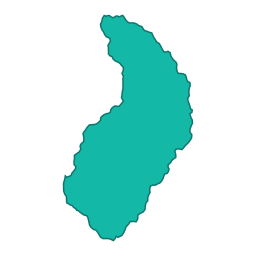 Benedito Novo, Santa Catarina, Brazil (Equal Earth projection)
{"feature_id": "56859067B31440957886424", "entity_name": "Benedito Novo", "entity_type": "district", "adm_level": 2, "iso_a3": "BRA", "parent_name": "Brazil", "parent_adm1": "Santa Catarina", "projection": "equal_earth", "projection_center": [-49.441, -26.794], "detail": "fine", "context": "isolated", "style": "filled", "palette": "teal", "viewbox_px": 256, "rotation_deg": 0, "n_neighbors": 0, "source": "geoboundaries", "source_scale": "gbopen_adm2", "svg_char_len": 2839}
<svg xmlns="http://www.w3.org/2000/svg" viewBox="0 0 256 256"><path d="M136.1,221.8L137.7,219.0L137.8,215.1L140.3,213.3L143.3,211.9L145.0,209.5L145.2,206.6L145.9,202.9L147.7,200.8L147.8,197.3L148.8,194.6L150.0,192.6L149.7,189.8L150.3,186.1L152.8,185.1L155.4,185.1L158.0,183.7L160.0,182.9L161.6,181.0L163.2,178.2L164.0,175.5L165.0,173.7L167.0,173.5L168.3,171.6L169.1,169.1L168.1,167.3L168.1,164.8L170.6,162.7L171.7,160.6L173.3,159.1L175.8,157.4L175.7,154.2L174.8,151.5L176.2,149.0L179.2,148.9L181.9,149.6L183.4,148.1L184.7,146.3L186.5,144.5L188.3,142.7L190.1,140.4L191.6,137.8L191.8,134.5L190.0,132.5L190.0,129.6L191.1,126.0L192.5,123.2L192.2,119.9L191.0,117.7L189.8,113.8L192.0,112.2L192.2,109.8L190.4,108.6L189.7,105.4L188.7,102.7L188.0,100.5L187.7,98.2L189.3,95.7L188.8,92.3L189.2,88.4L190.2,85.5L189.9,82.5L187.8,81.7L186.7,79.5L186.2,76.9L185.3,74.8L183.0,73.8L180.7,73.5L178.3,73.4L177.2,71.7L176.5,68.1L176.9,64.2L176.0,62.2L174.0,60.4L172.3,58.4L170.9,56.0L170.2,52.7L167.9,51.3L165.9,52.2L163.9,51.7L162.6,49.9L161.1,46.8L159.2,43.5L156.7,42.0L155.1,39.3L153.7,37.3L152.8,35.3L151.7,32.9L149.1,32.2L146.5,31.1L144.4,30.5L143.2,28.9L141.7,26.5L139.0,25.7L136.6,24.0L134.6,23.1L132.5,22.9L129.6,23.0L127.4,21.8L125.6,19.8L124.2,17.3L122.7,15.4L120.8,16.1L119.2,16.9L117.7,16.1L115.9,16.1L113.3,17.8L111.1,16.9L109.5,15.6L107.8,15.6L106.1,16.2L104.2,15.5L102.4,18.4L101.8,21.6L100.5,24.2L101.0,27.5L102.2,30.1L103.6,32.0L104.7,34.6L106.3,36.8L108.2,37.4L109.9,38.7L110.4,41.0L109.3,43.1L108.0,45.3L108.4,47.7L108.5,51.3L108.4,53.7L109.9,55.8L112.0,56.5L113.1,59.0L115.3,61.0L117.0,61.7L118.6,62.4L120.1,63.6L121.5,65.4L123.4,67.5L123.2,70.8L122.0,73.4L123.4,76.3L122.9,79.2L123.0,82.3L123.0,85.8L123.0,88.3L122.4,91.1L122.0,94.8L121.5,97.6L123.4,101.2L119.2,106.3L117.1,106.3L114.9,105.9L112.5,107.5L110.9,109.5L110.3,112.1L108.7,113.3L106.4,113.7L104.3,114.6L102.4,115.8L100.7,117.8L100.5,120.4L98.8,122.1L97.0,123.6L95.1,124.4L92.4,124.6L89.3,125.0L87.1,127.4L85.5,130.0L84.1,131.6L83.0,133.6L83.9,137.9L83.7,141.6L82.0,143.0L80.6,144.5L80.1,146.5L80.8,149.3L79.0,152.1L76.7,153.6L74.4,155.3L74.5,158.5L74.0,161.7L74.1,164.7L75.7,166.2L75.6,168.6L73.9,170.8L72.0,173.1L71.0,175.6L68.9,176.4L66.8,177.3L65.3,175.9L64.8,179.2L64.1,181.3L63.5,183.7L63.6,186.3L63.6,188.9L63.8,191.3L64.7,194.1L66.4,196.2L66.5,199.6L66.7,202.8L68.5,203.8L70.5,205.1L72.2,205.5L73.6,207.4L75.5,208.5L76.6,210.2L78.4,210.7L79.9,212.1L81.5,213.3L83.7,214.9L86.8,215.7L88.0,217.9L88.7,220.9L89.6,225.2L91.1,227.4L93.5,229.4L96.1,230.2L97.8,232.5L98.8,234.2L100.5,237.1L103.0,238.6L104.7,238.6L106.6,238.6L108.5,238.6L110.7,239.2L113.4,240.6L115.1,238.6L116.2,236.3L118.0,237.3L120.0,236.4L121.8,235.5L123.7,232.7L125.2,229.4L126.0,226.9L127.4,225.4L128.8,223.8L130.1,221.7L133.0,221.4L136.1,221.8Z" fill="#14b8a6" stroke="#0f766e" stroke-width="1.5"/></svg>